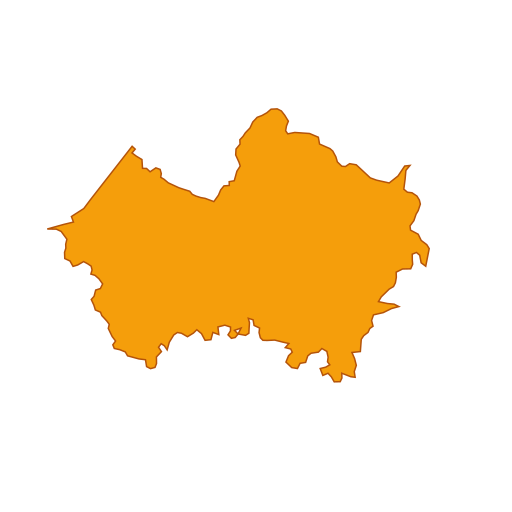 São José da Boa Vista, Paraná, Brazil, rotated 65°
{"feature_id": "56859067B10835162552954", "entity_name": "São José da Boa Vista", "entity_type": "district", "adm_level": 2, "iso_a3": "BRA", "parent_name": "Brazil", "parent_adm1": "Paraná", "projection": "robinson", "projection_center": [-49.657, -23.956], "detail": "fine", "context": "isolated", "style": "filled", "palette": "amber", "viewbox_px": 512, "rotation_deg": 65, "n_neighbors": 0, "source": "geoboundaries", "source_scale": "gbopen_adm2", "svg_char_len": 3056}
<svg xmlns="http://www.w3.org/2000/svg" viewBox="0 0 512 512"><g transform="rotate(65 256 256)"><path d="M322.5,95.9L318.0,96.4L311.7,99.7L304.8,99.8L297.9,105.0L293.8,103.7L290.7,98.0L285.8,93.3L283.4,89.8L278.4,85.1L274.3,84.3L269.7,84.8L264.6,87.9L262.2,91.8L257.9,93.8L249.4,88.4L241.8,84.0L239.0,78.2L237.3,83.2L243.5,93.5L246.1,104.4L238.2,114.7L233.5,119.4L215.7,126.6L211.9,132.1L212.7,137.1L210.9,140.3L205.1,142.5L199.9,141.7L193.3,142.1L189.9,143.6L181.4,151.1L174.7,149.3L167.6,155.7L160.4,168.7L158.7,175.6L155.0,176.2L151.0,173.4L147.5,169.7L140.5,170.5L135.3,171.7L131.6,174.6L129.3,180.3L130.8,185.7L131.2,191.3L130.8,196.3L133.2,202.3L137.4,207.3L139.9,213.7L142.1,217.2L143.8,221.5L147.9,223.2L150.6,228.9L155.8,231.7L164.2,231.8L167.8,232.3L171.1,237.5L178.6,243.9L177.3,248.9L180.8,250.4L178.9,255.4L181.2,260.1L185.0,264.3L188.9,271.2L182.3,277.7L179.7,281.4L176.3,285.1L173.2,287.7L169.3,288.7L164.9,293.5L161.5,297.1L152.6,304.6L147.6,306.9L144.4,309.1L141.3,307.0L137.0,306.3L133.8,309.5L134.9,316.4L130.4,318.2L128.6,321.8L120.4,318.6L114.9,322.3L110.2,324.8L108.1,320.3L104.2,321.9L134.7,381.7L140.2,392.0L142.2,406.6L148.1,407.1L146.1,417.0L143.3,433.8L147.3,425.6L151.4,422.2L160.9,420.3L164.9,423.5L168.5,425.0L171.8,428.0L177.5,430.4L181.9,426.7L188.1,426.2L188.8,421.4L188.2,414.6L192.0,411.8L195.5,409.7L199.4,410.5L202.6,413.3L205.5,410.1L210.2,408.0L216.5,406.8L219.7,410.8L219.1,415.7L224.1,419.8L225.8,423.7L232.0,423.7L237.0,424.4L241.2,420.7L244.9,420.9L248.3,419.8L252.2,418.6L255.9,417.9L259.2,420.5L268.2,420.4L273.7,419.2L276.0,423.3L279.9,423.5L283.4,419.0L287.7,415.0L292.2,414.6L299.8,405.6L303.3,400.0L310.0,401.9L313.5,399.2L314.3,394.6L311.4,391.6L305.4,388.9L302.7,382.1L297.5,382.9L295.4,379.0L298.6,377.0L303.5,376.2L297.5,371.0L292.8,363.9L292.1,359.6L294.5,356.2L300.2,352.2L299.4,345.3L297.8,340.8L303.3,338.2L310.9,337.8L312.8,332.2L307.0,327.4L311.5,322.9L304.2,320.5L305.5,313.5L309.6,309.1L313.1,310.8L315.6,314.7L320.2,313.1L321.1,309.3L319.1,305.2L323.5,299.0L323.0,295.1L318.8,292.9L313.7,290.1L309.2,289.3L312.6,285.6L318.1,287.1L322.8,283.2L326.7,285.6L331.9,286.6L335.3,285.4L337.2,281.7L340.1,274.6L345.3,268.2L349.2,263.2L351.4,268.2L355.0,263.8L358.5,263.8L360.1,268.6L364.8,273.7L372.2,270.8L375.5,266.0L371.9,261.4L373.4,256.0L368.4,251.3L367.4,247.2L369.5,240.1L367.7,235.4L372.4,232.1L378.2,233.4L382.1,235.9L385.8,235.1L386.2,239.8L385.1,245.4L392.5,245.9L392.7,240.3L397.3,238.8L403.1,238.3L405.5,232.8L402.9,229.7L398.5,227.8L405.5,221.1L407.8,217.4L402.3,215.8L397.5,211.3L390.6,210.0L384.0,209.8L386.7,201.8L376.0,195.8L373.7,192.0L372.6,186.8L369.8,183.5L369.1,179.6L363.3,178.5L359.0,174.4L360.0,169.7L361.1,164.6L360.9,155.5L362.2,147.9L358.0,151.2L354.6,157.0L349.1,164.3L346.0,159.8L342.3,149.3L341.8,144.3L339.2,141.0L334.6,137.8L329.9,135.8L329.7,128.7L333.0,121.2L329.7,117.5L325.6,116.0L320.4,113.6L320.6,109.1L324.5,107.3L331.9,109.2L337.0,106.5L322.5,95.9ZM319.1,305.2L314.3,306.9L315.0,300.0L319.1,305.2Z" fill="#f59e0b" stroke="#b45309" stroke-width="1.5"/></g></svg>